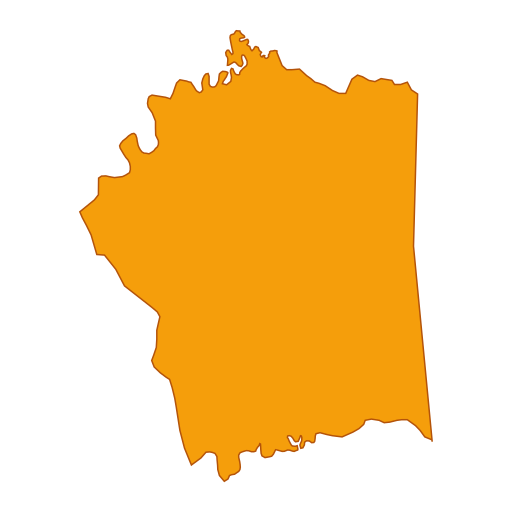 the district of Seberang Perai Tengah, Pulau Pinang, Malaysia
{"feature_id": "92858781B39236522821869", "entity_name": "Seberang Perai Tengah", "entity_type": "district", "adm_level": 2, "iso_a3": "MYS", "parent_name": "Malaysia", "parent_adm1": "Pulau Pinang", "projection": "natural_earth1", "projection_center": [100.443, 5.364], "detail": "fine", "context": "isolated", "style": "filled", "palette": "amber", "viewbox_px": 512, "rotation_deg": 0, "n_neighbors": 0, "source": "geoboundaries", "source_scale": "gbopen_adm2", "svg_char_len": 4560}
<svg xmlns="http://www.w3.org/2000/svg" viewBox="0 0 512 512"><path d="M432.2,441.7L413.5,246.2L417.6,94.0L411.4,89.9L407.3,82.2L400.6,84.5L394.5,84.5L391.9,80.4L381.1,78.6L375.0,81.6L368.8,80.4L362.6,76.8L357.5,75.1L351.9,79.2L348.8,86.3L345.7,93.4L339.0,93.4L332.4,90.5L325.2,85.7L319.0,83.3L314.9,82.2L310.8,78.6L306.7,75.7L299.5,69.1L291.8,69.7L286.7,69.7L282.1,65.6L276.9,52.6L277.0,51.0L276.1,50.7L274.4,50.5L273.5,50.8L272.4,51.0L270.8,51.1L269.6,51.9L269.7,53.0L268.4,55.1L268.7,56.3L268.3,57.0L267.1,58.1L265.9,58.4L264.8,57.7L264.2,56.8L264.8,55.8L263.9,55.4L262.9,55.8L262.1,57.0L261.0,56.5L260.2,54.6L260.7,53.5L261.5,52.3L260.5,51.4L259.4,50.7L258.7,48.9L258.2,47.5L255.9,46.5L254.7,47.1L253.8,49.0L252.0,50.8L250.9,49.6L250.4,48.4L249.7,46.4L248.5,46.0L246.9,44.7L247.5,43.9L248.3,42.9L248.5,41.2L248.1,40.2L247.8,39.5L247.1,39.3L245.5,39.9L243.4,40.8L241.3,41.5L240.0,41.2L239.5,40.5L239.7,38.8L240.8,38.2L242.3,38.0L243.6,37.8L244.6,37.3L244.5,36.3L243.7,35.4L242.1,34.4L240.2,32.3L239.9,31.0L237.9,30.9L236.3,30.7L235.4,31.6L234.8,32.8L233.7,34.1L232.2,34.4L231.0,34.9L230.3,35.7L230.0,37.6L230.7,41.9L232.4,50.1L233.0,52.2L232.9,53.7L231.8,54.5L229.9,52.1L228.7,50.2L227.3,50.2L226.5,51.2L225.7,52.6L225.9,53.9L226.2,55.6L227.3,57.0L227.8,58.8L227.8,60.5L227.4,65.3L228.6,65.2L229.8,64.5L232.6,62.8L233.7,62.1L234.8,62.1L236.0,62.9L237.3,64.4L238.8,65.8L241.1,66.5L242.1,65.4L242.5,64.6L242.9,63.4L242.7,62.3L242.2,60.6L241.7,58.5L241.6,56.7L242.0,55.3L242.7,55.0L243.8,55.2L244.7,56.1L246.1,58.8L247.1,61.1L247.1,62.6L247.1,64.2L246.3,65.8L244.7,67.1L243.0,68.6L240.8,70.9L239.8,72.5L239.6,74.4L238.6,74.9L236.4,74.6L235.3,73.9L234.3,72.2L233.5,70.5L233.0,68.9L231.5,68.4L230.5,70.4L230.5,72.2L231.1,74.8L231.5,77.4L231.2,79.2L230.8,81.4L226.6,84.8L222.4,83.7L223.3,81.2L224.3,79.9L225.3,78.3L226.4,76.7L227.9,72.9L227.5,72.3L225.8,71.6L222.7,71.3L221.1,72.3L219.4,74.0L219.0,76.7L218.6,80.8L216.1,85.7L214.6,86.9L212.5,87.1L210.4,86.4L209.1,84.2L209.1,79.4L209.1,76.4L208.1,73.5L205.8,74.0L204.3,75.7L202.8,78.9L201.8,83.0L202.8,89.8L201.2,92.0L199.3,92.7L196.7,91.0L195.7,89.8L193.8,86.6L192.1,84.2L190.9,82.3L188.5,81.8L186.7,81.1L179.9,79.8L176.6,83.0L175.3,86.6L173.0,93.4L170.3,98.8L165.6,97.3L152.0,95.1L149.2,96.6L148.2,98.8L147.5,103.4L148.2,107.0L152.2,112.8L155.5,121.1L155.5,124.2L155.5,127.9L155.7,135.1L158.3,140.5L158.5,142.7L158.3,144.8L157.4,146.8L155.5,148.5L153.9,150.7L151.5,152.4L149.0,153.8L146.3,153.3L144.0,153.1L141.9,151.9L140.2,149.7L138.9,147.3L138.1,145.3L137.2,141.0L136.8,138.1L135.6,134.7L133.9,133.4L131.6,133.9L128.6,135.9L126.1,138.3L123.0,140.7L120.8,143.4L119.6,145.8L120.2,148.2L122.1,151.4L123.8,154.3L125.9,157.5L128.0,159.9L129.5,162.8L130.3,166.4L130.3,169.8L129.5,172.7L125.5,175.2L122.5,176.6L114.5,177.6L111.6,177.1L108.9,176.6L105.9,175.9L101.5,176.1L98.6,178.1L98.4,194.8L94.4,199.9L79.8,211.8L82.4,217.8L86.5,225.5L91.1,234.9L96.8,254.5L104.5,255.1L115.8,269.3L124.5,285.9L151.7,307.2L157.3,311.9L159.9,316.7L158.4,323.2L156.8,330.3L156.8,339.2L156.3,347.5L153.7,355.2L151.7,360.5L154.2,367.0L160.4,372.9L166.0,377.1L169.6,379.4L172.2,387.7L174.8,398.4L176.3,407.3L179.9,430.4L184.5,448.1L191.4,465.0L200.9,458.0L206.0,452.2L209.8,451.9L212.3,452.4L215.0,453.4L216.9,456.5L217.1,459.9L217.6,465.3L217.8,469.6L219.4,475.5L224.3,481.3L226.2,480.1L227.9,479.1L228.7,477.4L229.5,475.5L231.6,474.7L234.6,474.2L238.8,471.3L239.9,469.6L240.3,467.2L240.1,464.5L239.7,461.7L238.7,457.3L238.7,455.0L240.1,452.7L242.1,451.9L244.5,451.1L246.4,450.6L248.8,450.8L251.4,451.7L253.9,451.7L255.7,451.1L256.2,449.5L257.6,447.2L259.0,445.7L259.8,443.6L260.5,444.0L260.8,449.7L261.1,453.3L262.0,455.9L265.0,457.6L269.9,456.7L271.7,456.2L273.4,454.2L275.6,449.7L276.8,449.9L282.2,451.4L284.3,451.3L287.6,450.0L289.8,450.2L292.4,451.1L294.2,451.4L296.0,450.6L297.7,450.0L297.9,449.1L297.2,445.7L295.2,446.3L293.6,446.1L292.3,446.0L291.2,444.9L289.8,442.3L289.0,440.7L288.4,439.0L287.4,437.6L287.6,436.0L289.2,435.6L291.1,436.2L292.8,438.1L294.3,440.7L295.6,441.8L298.2,441.3L299.8,437.8L300.5,435.7L301.3,435.9L301.8,437.4L301.8,439.1L301.6,441.0L300.6,443.2L299.9,445.0L300.8,448.3L302.9,447.8L304.4,444.9L304.6,442.2L306.5,440.8L309.4,441.0L311.7,442.7L313.8,442.5L314.7,441.3L315.1,438.6L315.3,435.9L316.0,433.7L320.0,432.7L326.7,434.5L332.4,435.7L342.1,436.9L352.9,432.1L359.0,428.6L363.7,424.4L365.2,420.3L371.4,419.1L379.1,420.3L384.2,422.7L389.8,422.1L397.0,420.3L401.7,419.7L407.3,419.7L415.5,425.6L420.1,430.4L424.8,436.9L431.9,439.8L432.2,441.7Z" fill="#f59e0b" stroke="#b45309" stroke-width="1.5"/></svg>